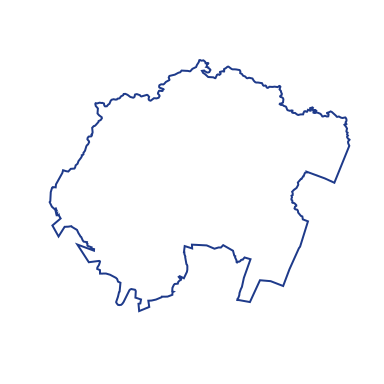 Cuerámaro, Guanajuato, Mexico (Robinson projection), rotated 289°
{"feature_id": "50627088B14851817270077", "entity_name": "Cuerámaro", "entity_type": "district", "adm_level": 2, "iso_a3": "MEX", "parent_name": "Mexico", "parent_adm1": "Guanajuato", "projection": "robinson", "projection_center": [-101.651, 20.615], "detail": "fine", "context": "isolated", "style": "outline", "palette": "blue", "viewbox_px": 384, "rotation_deg": 289, "n_neighbors": 0, "source": "geoboundaries", "source_scale": "gbopen_adm2", "svg_char_len": 6015}
<svg xmlns="http://www.w3.org/2000/svg" viewBox="0 0 384 384"><g transform="rotate(289 192 192)"><path d="M62.2,180.8L69.4,189.0L75.0,186.1L76.2,189.1L78.6,193.0L82.6,197.5L83.2,197.5L85.1,202.9L88.4,206.9L90.8,206.2L91.7,207.0L91.7,205.6L95.0,204.7L98.4,205.1L99.4,205.6L100.7,208.4L102.6,208.3L104.6,209.3L105.0,210.0L105.5,210.1L106.1,210.1L106.7,208.2L107.4,207.1L108.4,207.8L107.8,212.4L114.8,213.2L116.9,212.9L120.5,211.7L121.5,211.0L122.0,210.2L128.3,206.7L128.8,206.7L130.7,205.1L132.5,204.4L132.4,204.0L138.5,202.7L138.7,210.5L142.2,209.1L146.3,223.3L145.7,231.7L148.2,235.2L148.9,237.4L151.9,238.8L149.8,249.9L145.6,252.7L145.4,253.8L144.1,254.1L142.1,256.1L140.1,257.1L140.0,257.6L141.2,258.3L141.4,259.2L142.5,260.2L143.5,260.4L144.5,261.5L144.5,262.0L147.2,263.0L147.5,269.2L127.7,269.0L118.5,270.1L116.0,269.8L112.0,269.8L109.8,270.3L107.0,270.3L105.6,269.8L104.6,270.0L105.1,271.6L106.8,282.6L130.7,285.0L133.3,295.4L132.8,308.8L150.6,309.3L173.7,311.4L175.5,312.0L202.0,311.2L202.2,305.7L204.8,304.3L204.9,302.7L207.1,299.1L208.5,298.4L209.3,297.6L209.5,297.1L209.3,295.3L209.8,294.3L211.6,294.2L212.9,295.1L213.5,294.9L214.5,293.1L214.8,291.8L214.5,290.6L214.7,290.2L215.3,290.2L216.7,289.5L217.1,288.5L218.1,288.2L219.5,288.3L220.9,287.3L221.9,288.2L223.7,287.6L224.8,286.6L227.1,287.6L229.8,289.5L233.2,290.1L233.8,290.0L235.4,289.0L239.9,290.8L240.0,291.3L243.1,292.0L243.2,292.4L246.4,292.5L247.4,292.9L248.1,294.7L248.5,294.3L248.1,313.1L247.1,323.6L286.9,325.7L288.7,324.0L290.1,323.2L291.2,323.3L292.4,323.9L292.8,323.9L293.3,322.0L294.5,320.7L295.1,320.6L296.1,321.1L297.0,319.8L298.8,319.8L299.1,318.7L299.7,318.2L302.5,317.9L304.0,316.2L305.2,314.2L305.8,314.5L305.9,315.4L306.5,315.9L308.0,314.5L309.6,314.9L311.1,314.3L312.3,313.0L312.4,312.6L311.0,310.3L310.8,308.7L311.2,306.3L310.3,304.8L310.3,304.3L311.0,303.3L313.2,298.1L313.3,296.8L312.2,295.8L310.8,294.0L310.3,294.2L310.1,295.6L309.6,296.0L307.9,296.2L307.3,295.0L307.3,292.9L306.0,291.2L305.9,290.6L307.4,288.7L307.8,287.5L307.9,284.2L306.7,282.5L306.5,281.1L307.1,280.7L307.8,280.9L308.5,282.5L309.3,282.9L309.7,281.9L308.8,279.6L308.9,279.2L309.9,278.7L310.9,279.0L311.2,278.4L309.8,276.4L309.1,276.6L308.0,277.7L307.5,277.7L307.3,276.9L307.5,274.9L305.3,274.6L305.1,273.8L305.3,272.8L304.8,272.0L303.4,271.7L301.6,271.8L300.7,269.4L299.4,267.3L299.5,266.1L300.3,263.7L299.7,261.9L299.7,261.0L300.2,260.4L301.4,260.7L301.7,260.5L301.5,259.5L300.6,258.1L300.5,256.0L300.8,255.2L303.0,253.4L303.3,252.8L303.3,250.8L303.7,249.7L303.3,247.3L303.7,246.3L304.2,246.4L304.8,247.7L306.3,248.9L309.5,248.2L310.4,247.4L310.8,246.1L310.7,244.7L311.1,244.2L311.8,244.3L313.0,245.2L314.1,245.0L315.2,243.9L316.5,243.1L317.5,241.4L320.3,241.3L320.7,240.7L320.7,240.0L319.1,238.9L318.5,235.8L317.6,234.0L316.7,230.9L315.4,230.1L315.0,229.3L315.3,228.4L316.3,227.6L316.6,226.8L315.8,225.3L316.0,224.5L317.7,222.7L317.0,218.8L316.4,217.1L316.4,216.1L317.3,214.2L319.0,212.2L318.6,208.7L317.7,207.6L317.5,206.6L318.5,204.7L318.6,202.4L319.8,200.8L320.1,198.9L321.9,198.4L322.8,197.3L322.2,193.5L321.2,190.4L321.2,189.4L322.4,185.7L322.0,184.8L319.6,183.3L319.0,182.5L318.5,182.3L316.8,183.1L316.3,183.0L316.2,181.7L314.7,179.4L314.3,179.4L313.5,180.4L312.7,180.5L311.7,179.8L311.7,178.3L310.9,177.5L307.3,177.1L307.1,176.4L307.4,174.9L306.0,169.9L307.8,165.6L308.2,163.8L309.8,162.0L310.8,163.9L310.5,164.3L309.9,167.2L310.3,168.4L311.0,169.3L313.4,169.7L314.1,168.7L314.5,167.1L315.1,166.9L314.9,164.9L315.6,165.2L317.4,164.5L318.2,165.4L319.0,165.5L319.2,165.0L318.2,162.9L319.4,162.1L320.2,160.0L319.3,158.3L319.2,157.5L319.4,156.6L319.0,156.0L316.9,156.1L313.6,155.3L311.5,155.2L308.6,152.3L305.7,151.1L305.4,150.6L305.1,148.5L303.4,142.6L301.4,141.9L300.3,140.3L297.4,137.6L294.4,132.9L292.7,132.7L290.9,134.1L290.4,134.1L287.6,131.5L285.2,130.5L284.4,129.9L283.8,127.8L282.5,126.5L281.8,126.4L280.6,126.7L280.1,127.4L280.0,131.5L279.8,131.7L278.8,131.1L278.0,131.2L277.7,130.8L277.2,128.3L276.9,127.9L275.0,127.6L273.9,127.8L272.8,129.7L272.2,130.1L270.3,129.8L269.0,128.1L268.3,125.5L264.9,123.2L264.8,121.9L265.3,121.0L266.5,120.5L268.0,120.5L269.1,118.7L269.2,117.8L265.9,113.1L265.9,112.3L266.6,111.2L266.6,108.0L265.7,106.5L265.0,106.4L263.4,106.7L262.3,106.1L262.0,105.6L261.8,102.8L262.9,99.4L263.1,97.0L262.4,95.5L261.1,95.4L259.0,93.5L257.8,93.4L256.7,92.6L256.0,91.2L255.0,90.8L254.4,89.4L254.2,87.7L253.0,85.9L251.6,85.4L248.5,85.2L247.5,84.4L245.3,83.5L244.7,81.9L244.9,81.4L245.7,80.6L247.0,80.0L247.1,78.3L246.7,77.5L246.4,75.6L244.9,73.5L244.6,72.0L243.8,71.9L242.0,73.0L240.4,75.8L235.5,77.1L234.3,79.1L233.3,82.3L232.3,82.8L230.3,82.2L228.7,80.6L227.6,80.7L223.8,79.1L222.7,78.4L222.3,77.6L220.2,76.7L216.3,78.5L215.5,78.7L213.6,78.3L213.4,78.9L213.2,78.9L211.9,78.7L210.7,76.2L209.0,75.7L207.7,76.0L206.4,78.1L205.7,78.5L203.2,78.2L201.9,77.4L200.7,77.2L196.2,77.4L193.6,76.6L192.3,77.1L191.8,76.9L190.9,75.8L190.0,76.2L188.5,76.0L184.2,74.6L181.5,74.6L179.3,73.3L177.2,73.5L175.9,73.2L174.4,69.8L171.1,68.4L170.7,66.2L170.6,63.0L167.8,63.2L154.9,60.9L152.0,61.6L151.4,59.1L151.0,59.2L150.5,58.3L145.9,58.5L137.2,61.0L136.1,60.7L132.5,64.3L131.0,67.8L132.1,68.6L131.3,69.3L130.5,69.0L130.1,71.0L130.2,68.9L127.1,70.8L127.9,71.4L126.0,71.8L126.4,73.1L127.1,73.5L126.3,74.0L124.2,76.4L114.9,70.9L106.5,80.3L117.6,82.9L118.9,86.2L120.4,89.1L119.9,89.9L118.7,95.6L116.1,98.1L114.1,100.6L113.6,101.0L113.4,101.9L110.6,104.5L109.8,105.7L110.4,109.0L109.5,109.1L109.1,110.0L107.7,110.3L107.1,110.9L107.0,115.0L106.3,114.9L105.8,115.4L106.1,118.0L104.6,118.4L105.0,100.7L92.0,117.3L96.6,126.6L96.6,127.3L96.2,127.7L92.8,127.8L89.8,127.1L88.4,127.4L88.2,130.4L84.9,131.6L86.9,137.2L87.1,141.4L86.1,147.9L85.4,149.5L83.2,151.2L82.9,153.9L74.2,156.0L73.7,155.6L68.9,156.1L63.2,156.1L62.2,157.1L61.2,158.8L61.4,160.1L62.3,161.8L63.6,162.5L65.6,163.1L78.7,164.8L79.7,165.3L80.5,166.2L81.0,169.9L80.5,170.7L79.7,171.2L73.7,172.9L73.8,178.8L69.8,179.4L68.9,177.8L62.2,180.8Z" fill="none" stroke="#1e3a8a" stroke-width="2"/></g></svg>